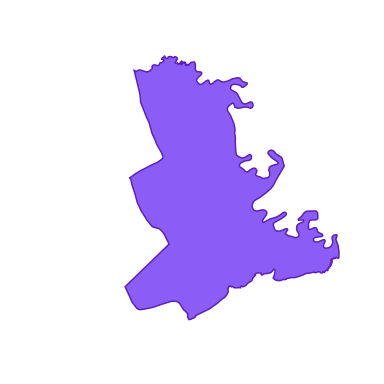 Changhan, Roi Et, Thailand, rotated 61°
{"feature_id": "78962969B4502955936571", "entity_name": "Changhan", "entity_type": "district", "adm_level": 2, "iso_a3": "THA", "parent_name": "Thailand", "parent_adm1": "Roi Et", "projection": "equal_earth", "projection_center": [103.624, 16.158], "detail": "fine", "context": "isolated", "style": "filled", "palette": "violet", "viewbox_px": 384, "rotation_deg": 61, "n_neighbors": 0, "source": "geoboundaries", "source_scale": "gbopen_adm2", "svg_char_len": 6018}
<svg xmlns="http://www.w3.org/2000/svg" viewBox="0 0 384 384"><g transform="rotate(61 192 192)"><path d="M315.7,92.5L309.8,90.2L303.1,89.1L300.4,86.2L299.5,86.3L298.5,88.7L298.9,90.7L300.7,92.1L304.1,93.0L306.2,95.3L307.2,97.7L306.7,100.7L305.3,103.2L303.7,103.6L302.3,102.8L299.5,99.3L298.1,99.2L297.3,100.5L296.8,105.6L296.2,107.4L295.2,108.7L293.8,109.3L292.1,108.7L291.7,108.1L291.4,106.9L291.6,105.7L293.8,100.1L293.7,99.1L293.2,98.6L291.8,98.7L288.2,101.3L284.6,100.7L283.4,101.0L282.4,102.6L282.1,106.8L281.4,107.6L280.6,107.8L276.9,105.9L275.5,104.8L274.2,102.9L274.4,100.8L276.5,97.1L276.5,95.9L276.1,94.7L271.3,92.3L269.2,92.5L268.0,93.9L264.6,100.6L264.3,101.8L264.5,103.8L266.6,108.5L267.1,111.8L267.7,112.4L268.5,112.3L270.1,108.5L270.7,108.1L271.4,108.3L271.9,109.2L271.6,114.5L272.2,116.3L274.2,118.0L276.5,118.9L280.9,118.9L281.8,119.4L282.6,121.1L282.5,122.6L282.0,123.7L276.8,128.8L274.4,130.5L273.2,130.0L271.5,126.6L270.2,126.6L269.6,127.8L268.8,134.1L266.9,137.1L266.0,137.7L265.1,137.8L260.7,137.1L258.9,136.0L258.6,134.5L258.7,127.2L258.1,121.9L257.7,121.0L256.9,120.1L255.4,119.9L254.6,120.9L254.2,122.2L254.9,127.0L254.8,130.6L253.4,137.2L253.3,144.2L252.2,144.6L251.2,144.0L250.0,142.2L248.2,138.4L247.2,137.0L246.1,136.5L244.7,136.5L243.7,136.8L242.2,138.2L241.3,140.3L240.4,143.8L239.6,145.2L238.2,146.5L236.6,146.9L234.9,146.7L232.9,145.8L231.2,144.2L230.2,142.6L229.8,141.2L229.6,134.9L228.7,128.4L227.2,121.3L225.6,117.7L222.0,112.2L214.8,99.9L213.8,98.7L206.3,97.0L204.9,97.0L199.6,99.9L195.5,100.8L193.8,102.3L193.5,103.8L193.6,105.3L194.2,106.2L195.3,106.8L200.9,105.6L206.7,102.7L208.4,102.5L208.8,102.9L209.0,104.0L207.7,109.0L207.7,111.2L208.2,112.6L210.2,114.4L212.6,114.6L215.1,116.0L215.9,117.0L216.2,119.2L214.5,123.4L212.1,124.9L209.8,127.2L208.4,128.0L207.2,127.7L205.7,125.6L204.7,124.9L202.8,124.9L201.9,125.3L201.3,125.9L200.8,127.5L200.8,130.8L201.3,133.6L201.1,134.6L200.4,135.1L196.9,136.1L193.5,137.8L192.3,138.0L190.9,137.0L190.3,135.1L190.4,131.4L190.9,129.5L192.0,126.7L192.0,124.7L190.7,123.2L188.6,122.5L187.5,123.0L187.1,124.1L187.4,129.1L186.5,132.1L182.7,134.6L180.9,135.1L178.1,134.2L169.4,130.0L165.6,127.7L161.5,126.3L158.7,124.4L156.2,123.3L151.9,122.1L144.1,121.2L137.8,121.5L136.1,120.6L135.4,120.0L134.6,118.3L133.9,114.6L134.0,113.3L135.1,112.7L138.6,113.4L140.2,112.1L141.3,110.6L143.4,104.3L144.8,102.3L147.3,100.0L147.2,98.1L145.8,96.6L144.1,96.0L142.6,96.0L141.5,97.3L141.2,101.4L140.8,102.7L140.0,103.9L138.9,104.7L137.7,105.0L128.2,104.8L126.3,105.2L121.6,108.2L120.2,108.3L118.1,106.4L117.8,105.6L117.8,104.2L118.7,102.0L120.4,99.8L122.6,98.0L124.5,97.6L125.1,96.8L125.2,94.9L124.7,92.4L124.2,91.2L123.4,91.0L119.7,94.3L115.8,94.9L114.5,96.1L112.6,101.4L112.4,106.4L111.3,110.6L110.2,112.4L106.8,114.6L106.3,115.3L106.3,118.0L107.1,121.7L106.8,123.4L105.7,124.1L102.6,123.2L101.8,124.0L101.7,126.1L102.5,130.9L102.3,132.0L101.7,132.8L100.4,133.6L98.7,134.0L97.0,134.1L96.2,133.8L95.1,132.2L94.1,127.8L93.4,126.4L92.7,125.8L91.5,125.9L89.1,129.3L87.4,129.9L85.5,129.3L82.6,127.4L79.5,126.8L78.1,130.0L78.5,130.6L78.4,131.4L79.5,133.5L79.4,133.9L79.1,134.2L78.6,133.9L78.3,134.7L77.8,134.7L78.4,135.9L78.2,136.2L77.5,135.8L76.4,135.8L75.8,135.2L75.6,135.9L74.8,135.5L74.7,136.2L75.1,136.7L74.9,137.1L75.3,139.0L74.7,138.6L73.8,137.0L72.7,137.6L73.5,137.9L73.3,138.6L72.8,139.0L72.8,139.4L73.5,140.0L73.9,139.7L73.9,140.2L74.4,140.7L73.4,141.3L73.6,142.0L73.1,142.1L72.8,142.5L72.0,142.3L71.9,143.5L70.9,144.0L70.2,143.5L69.9,142.3L69.1,141.8L68.8,140.5L68.2,140.0L66.6,140.2L65.4,141.1L65.5,142.9L65.2,143.6L64.0,144.1L62.8,145.5L62.4,147.3L63.3,148.0L62.8,149.4L61.9,150.1L59.9,150.0L59.7,150.3L60.5,151.8L60.3,152.9L60.9,154.2L61.3,154.1L61.9,152.8L62.6,152.6L63.2,152.9L64.0,154.1L64.1,155.7L63.5,157.4L65.0,159.3L65.1,160.3L62.5,163.3L62.2,164.5L62.7,166.1L64.2,166.5L64.8,167.4L65.5,169.9L65.5,172.0L65.0,173.3L64.0,174.5L60.1,178.2L59.3,180.3L59.6,182.1L59.1,183.0L58.1,183.1L57.5,183.6L76.3,188.7L82.1,190.5L88.7,193.4L104.4,195.5L110.5,195.9L121.7,198.6L129.3,199.1L133.0,199.8L142.1,199.6L147.2,200.2L148.1,201.0L148.8,202.9L149.3,207.9L148.8,214.1L148.4,227.4L148.6,232.4L149.5,239.7L151.9,239.5L156.0,240.9L166.1,242.8L175.0,245.0L184.2,245.6L195.5,244.9L202.8,243.6L204.3,242.6L208.2,238.4L211.6,237.3L215.6,236.8L226.5,237.3L242.4,296.4L259.8,297.8L267.2,296.5L268.9,295.5L269.7,294.5L271.2,290.8L274.0,281.9L275.7,271.9L277.7,262.7L279.9,258.9L281.4,257.6L283.5,256.8L290.6,256.5L295.3,255.0L296.5,254.9L299.1,256.4L302.1,256.6L302.7,254.8L303.1,250.4L301.9,248.1L302.7,233.5L301.5,223.1L300.2,218.3L300.1,214.6L298.7,211.2L297.6,210.4L297.7,209.8L297.0,209.0L296.0,208.2L294.0,207.6L293.5,206.4L292.5,206.1L292.4,205.7L293.0,203.8L294.1,203.5L294.4,202.3L296.0,201.7L297.6,199.2L298.2,197.5L299.3,196.2L299.3,195.8L298.4,195.4L298.2,194.4L298.5,193.7L299.2,193.8L299.6,193.2L299.9,190.6L298.7,186.9L298.6,182.7L296.7,180.5L295.5,176.8L294.5,177.1L294.3,175.7L294.6,174.0L296.1,171.1L296.6,170.9L297.9,171.6L298.7,170.8L298.5,168.3L299.5,166.3L300.7,162.7L300.4,160.5L299.2,158.4L299.4,157.7L300.4,157.1L301.6,157.8L304.3,160.0L306.2,162.3L306.9,162.7L308.7,162.1L309.7,161.4L311.7,159.0L312.6,156.8L312.5,155.0L313.7,153.3L313.7,152.2L314.0,151.7L313.7,150.5L315.3,146.1L316.5,144.0L317.3,141.1L318.2,136.4L318.6,131.3L319.9,128.6L321.2,124.2L322.4,123.4L323.0,120.2L324.1,118.8L325.1,118.6L325.9,117.6L325.3,116.1L325.8,116.0L325.9,115.4L326.5,115.3L326.5,114.9L325.7,114.1L325.9,113.5L325.6,112.0L326.3,111.8L326.5,111.3L326.3,111.0L325.3,111.2L325.4,110.3L324.6,109.4L324.8,108.8L324.0,109.0L324.1,107.2L323.0,106.8L323.6,106.0L323.0,105.5L322.7,106.1L322.0,105.3L321.2,105.0L321.3,104.3L321.8,104.4L321.8,103.7L321.0,103.7L320.7,103.2L320.4,103.7L319.8,103.8L319.3,102.9L318.9,103.3L318.8,102.7L318.3,102.5L318.6,101.7L319.0,101.7L318.7,101.0L319.2,99.8L318.7,99.5L319.3,99.3L319.2,98.9L319.5,98.6L319.2,98.1L319.3,97.5L319.6,97.0L320.5,96.8L320.8,95.5L315.7,92.5Z" fill="#8b5cf6" stroke="#5b21b6" stroke-width="1.5"/></g></svg>